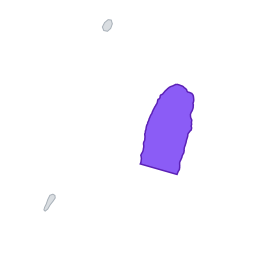 South Ari, Maldives shown in context, rotated 194°
{"feature_id": "70690204B29165248779959", "entity_name": "South Ari", "entity_type": "district", "adm_level": 2, "iso_a3": "MDV", "parent_name": "Maldives", "parent_adm1": "", "projection": "equal_earth", "projection_center": [72.841, 3.685], "detail": "fine", "context": "in_parent", "style": "filled", "palette": "violet", "viewbox_px": 256, "rotation_deg": 194, "n_neighbors": 0, "source": "geoboundaries", "source_scale": "gbopen_adm2", "svg_char_len": 3351}
<svg xmlns="http://www.w3.org/2000/svg" viewBox="0 0 256 256"><g transform="rotate(194 128 128)"><path d="M187.5,43.8L184.9,45.6L182.6,44.9L181.7,42.5L182.9,39.1L184.9,34.7L186.3,29.9L188.3,27.3L189.8,28.2L189.7,30.9L188.9,34.6L188.5,39.3L187.5,43.8ZM173.5,228.3L170.4,228.7L168.4,225.3L168.9,220.4L171.3,216.9L175.1,216.7L177.3,219.8L176.2,224.6L173.5,228.3Z" fill="#d9dde1" stroke="#a8b0b8" stroke-width="1"/><path d="M69.2,94.8L69.1,95.4L69.1,95.9L69.0,96.5L68.9,97.1L68.8,97.9L68.6,98.6L68.4,99.0L68.2,99.8L68.1,100.5L68.2,101.1L68.3,101.6L68.3,102.3L68.6,103.3L68.7,103.8L68.8,104.4L69.0,104.8L69.2,105.6L69.3,106.1L69.5,106.5L69.5,107.0L69.5,107.4L69.5,107.9L69.4,108.3L69.3,108.9L69.1,109.6L69.0,110.4L68.8,111.4L68.7,112.0L68.6,112.8L68.7,113.8L68.6,114.6L68.4,115.4L68.2,116.3L67.9,117.2L67.9,117.9L68.0,118.9L68.0,119.6L68.3,120.3L68.4,120.9L68.5,121.9L68.6,122.8L68.5,123.7L68.3,125.4L68.3,126.5L68.2,127.5L68.2,128.3L68.3,129.6L68.3,130.7L68.2,132.0L68.1,133.1L68.1,133.9L68.1,134.8L68.2,135.3L68.4,135.9L68.4,136.3L68.3,136.9L68.2,137.5L67.9,138.1L67.4,139.2L66.9,140.4L66.2,141.3L66.2,143.1L66.5,144.1L67.1,144.9L67.2,145.7L67.1,146.8L67.5,147.9L67.8,148.8L67.9,149.6L67.9,150.5L68.1,151.2L68.6,151.9L69.2,152.5L69.8,153.5L70.1,154.2L70.4,155.2L70.7,156.0L70.7,156.5L70.6,157.7L70.5,158.5L70.3,159.1L70.1,159.7L69.9,160.7L69.8,161.7L69.7,163.0L69.8,164.1L70.0,164.9L70.2,166.3L70.8,167.3L70.9,168.0L70.8,168.8L70.8,169.4L70.8,170.1L71.0,171.2L71.4,172.4L71.7,173.2L72.0,174.0L72.3,174.7L72.7,175.4L73.2,176.0L73.9,176.5L74.5,177.0L75.4,177.1L76.3,177.3L77.3,177.4L78.4,177.3L79.1,177.6L79.6,178.0L80.0,178.5L80.3,179.2L80.9,179.7L81.6,180.1L82.5,180.5L83.2,180.7L84.2,181.4L85.0,181.7L86.0,181.9L86.5,181.9L87.2,182.0L88.2,182.1L89.1,182.2L89.9,182.2L90.5,182.3L91.0,182.1L91.7,181.9L92.3,181.8L92.8,181.3L93.5,180.8L93.9,180.4L94.2,180.1L94.9,179.6L95.5,179.2L96.0,178.9L96.7,178.4L97.3,177.9L97.9,177.3L98.3,176.7L98.5,176.4L99.0,175.9L99.6,174.8L99.9,174.4L100.2,173.9L100.6,173.4L101.0,172.7L101.3,172.0L101.5,171.6L101.8,171.0L102.2,170.2L102.6,169.3L103.1,168.8L103.5,168.5L104.0,168.2L104.5,167.4L104.5,166.5L104.3,165.7L104.4,164.8L104.8,163.9L105.2,163.5L105.8,163.0L105.9,161.9L105.8,161.0L105.8,160.1L105.8,159.1L106.0,158.3L106.3,157.6L106.5,156.8L106.7,155.9L107.0,155.2L107.2,154.6L107.3,153.9L107.6,152.7L107.8,152.0L108.0,150.9L108.1,150.1L108.3,149.4L108.3,148.6L108.4,147.8L108.5,147.4L108.9,146.4L109.1,145.7L109.2,145.0L109.3,144.3L109.4,143.7L109.5,142.9L109.7,142.1L109.7,141.1L109.8,140.0L109.9,139.2L110.1,138.8L110.2,138.0L110.1,137.5L110.0,136.8L110.2,136.2L110.3,135.9L110.5,135.4L110.5,134.7L110.5,133.9L110.5,133.3L110.4,132.7L110.4,132.2L110.3,131.5L110.2,130.8L110.3,130.3L110.4,129.7L110.4,129.1L110.2,128.1L110.1,127.3L110.3,126.5L110.2,125.8L110.0,125.2L109.7,124.6L109.5,124.0L109.4,123.3L109.2,122.8L109.1,121.7L108.9,121.0L108.9,120.2L108.9,119.7L109.0,119.2L109.2,118.5L109.3,117.7L109.2,116.7L109.0,115.9L108.7,115.3L108.4,114.5L108.2,113.6L108.1,113.0L108.1,112.1L108.0,111.0L107.9,110.3L107.9,109.5L108.0,108.8L108.1,108.1L108.3,107.4L108.6,106.5L108.7,105.8L108.9,105.2L108.9,104.4L108.6,104.0L108.4,103.6L108.1,103.0L107.9,102.3L107.6,101.7L107.5,100.8L107.4,100.0L107.3,99.3L107.2,98.2L107.2,97.4L107.3,96.7L107.4,96.1L69.2,94.8Z" fill="#8b5cf6" stroke="#5b21b6" stroke-width="1.5"/></g></svg>